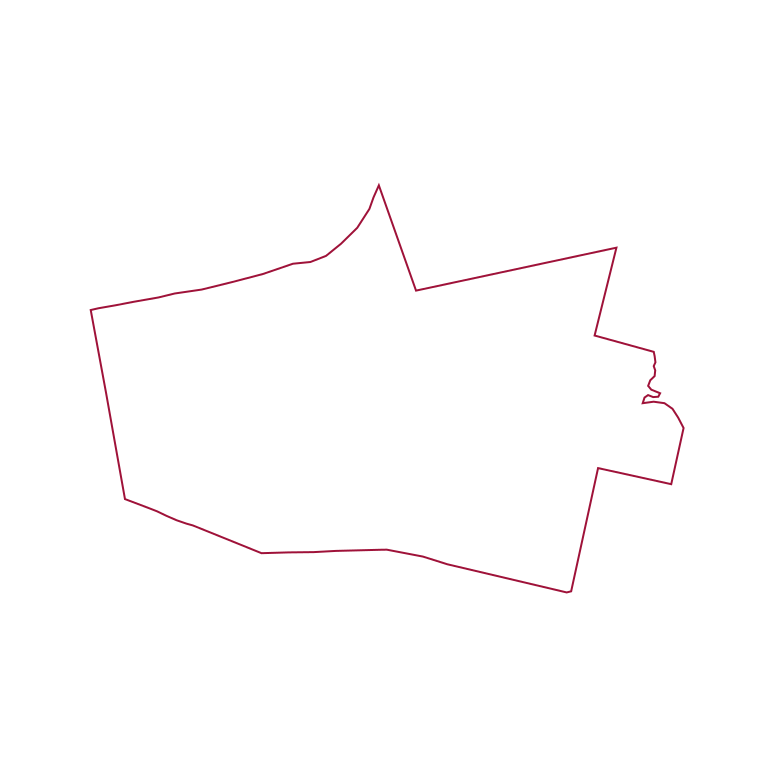 Ta Khmau, Kândal, Cambodia (Natural Earth projection), rotated 283°
{"feature_id": "14789045B91886008467417", "entity_name": "Ta Khmau", "entity_type": "district", "adm_level": 2, "iso_a3": "KHM", "parent_name": "Cambodia", "parent_adm1": "Kândal", "projection": "natural_earth1", "projection_center": [104.946, 11.457], "detail": "fine", "context": "isolated", "style": "outline", "palette": "rose", "viewbox_px": 768, "rotation_deg": 283, "n_neighbors": 0, "source": "geoboundaries", "source_scale": "gbopen_adm2", "svg_char_len": 908}
<svg xmlns="http://www.w3.org/2000/svg" viewBox="0 0 768 768"><g transform="rotate(283 384 384)"><path d="M408.5,685.8L417.4,678.2L424.7,670.7L428.4,661.6L427.4,650.7L423.5,640.4L429.4,640.9L432.6,643.8L431.8,649.2L433.3,654.1L437.1,655.1L438.6,645.7L441.6,641.8L447.5,642.6L452.6,645.9L458.3,645.2L462.1,642.8L466.2,643.6L472.1,641.4L476.0,639.6L478.6,578.3L569.1,579.8L564.3,569.5L482.2,394.2L576.4,334.3L563.4,331.8L551.3,330.4L530.2,322.8L510.9,310.5L495.8,298.7L486.3,284.8L480.7,268.2L463.9,241.2L448.9,212.6L435.0,185.1L425.1,159.7L417.6,144.8L407.7,121.4L400.3,104.7L393.6,88.8L390.1,81.6L313.0,115.1L213.6,157.5L210.0,184.0L208.9,191.5L206.6,201.7L204.6,212.5L203.5,222.9L203.2,229.5L191.6,302.7L198.5,329.1L204.4,353.4L210.5,374.5L221.8,418.3L223.2,424.0L224.6,460.7L222.6,486.2L222.0,608.9L224.1,613.0L350.2,611.5L351.0,686.4L408.5,685.8Z" fill="none" stroke="#9f1239" stroke-width="2"/></g></svg>